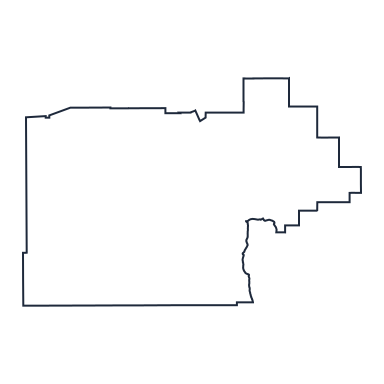 Three Springs, Western Australia, Australia
{"feature_id": "25037944B87416382826718", "entity_name": "Three Springs", "entity_type": "district", "adm_level": 2, "iso_a3": "AUS", "parent_name": "Australia", "parent_adm1": "Western Australia", "projection": "orthographic", "projection_center": [115.749, -29.514], "detail": "fine", "context": "isolated", "style": "outline", "palette": "slate", "viewbox_px": 384, "rotation_deg": 0, "n_neighbors": 0, "source": "geoboundaries", "source_scale": "gbopen_adm2", "svg_char_len": 5148}
<svg xmlns="http://www.w3.org/2000/svg" viewBox="0 0 384 384"><path d="M361.0,192.9L360.9,184.3L360.9,179.6L360.9,169.7L360.8,167.0L355.5,166.9L350.0,167.0L347.3,167.0L339.0,167.0L339.0,156.2L339.0,153.2L339.0,147.9L339.0,144.3L339.0,137.5L322.6,137.6L317.2,137.5L317.2,132.9L317.2,106.5L289.0,106.5L289.0,104.4L289.0,97.8L289.0,97.5L289.0,78.3L288.8,78.4L288.6,78.4L283.1,78.4L282.9,78.3L253.4,78.4L253.4,78.5L245.6,78.5L244.5,78.5L244.4,78.5L244.4,78.4L243.5,78.4L243.5,83.3L243.5,83.5L243.5,101.6L243.7,101.8L243.6,108.7L243.6,112.6L241.7,112.6L235.4,112.6L230.0,112.6L224.1,112.6L221.0,112.6L218.5,112.6L217.5,112.6L211.0,112.6L208.1,112.6L205.7,112.6L205.6,116.3L205.6,117.6L200.1,121.1L199.5,119.8L199.4,119.8L197.3,115.0L195.3,110.5L194.9,110.8L190.8,112.3L190.7,112.6L179.2,112.6L179.7,113.2L165.4,113.2L165.4,108.1L161.3,108.1L161.2,108.2L145.7,108.2L145.0,108.2L128.7,108.3L128.5,108.2L128.4,108.3L110.4,108.3L110.4,107.5L98.1,107.6L70.3,107.7L49.3,115.4L49.3,117.7L45.7,117.7L45.7,116.1L26.0,117.3L26.7,252.7L25.8,252.8L23.0,252.8L23.1,280.4L23.3,305.7L25.7,305.7L26.3,305.7L95.3,305.5L121.5,305.4L137.5,305.4L177.5,305.2L236.9,305.2L236.9,302.3L244.1,302.3L253.0,302.3L253.0,302.2L252.8,301.6L252.7,301.4L252.7,301.2L252.6,300.8L252.5,300.3L252.3,299.7L252.2,299.4L252.0,299.2L252.0,298.8L251.9,298.6L251.8,298.3L251.7,298.1L251.5,297.8L251.3,297.5L251.3,297.3L251.2,296.9L251.2,296.6L251.1,296.4L250.9,296.1L250.9,295.9L250.8,295.6L250.7,295.4L250.7,295.0L250.7,294.9L250.6,294.7L250.4,294.1L250.3,293.8L250.2,293.6L250.2,293.4L250.2,292.9L250.1,292.6L250.0,292.2L249.9,291.9L249.8,291.6L249.7,291.2L249.6,290.8L249.6,290.6L249.6,290.1L249.7,289.7L249.7,289.3L249.7,289.2L249.7,288.8L249.7,288.6L249.7,288.2L249.6,287.8L249.6,287.7L249.4,287.4L249.3,287.1L249.3,286.9L249.2,286.3L249.1,285.9L249.1,285.7L249.1,285.4L249.1,285.2L249.1,284.8L249.1,284.4L249.2,284.2L249.2,283.8L249.3,283.6L249.3,283.4L249.3,283.2L249.3,282.7L249.3,282.4L249.3,282.0L249.3,281.8L249.3,281.6L249.3,281.4L249.2,281.1L249.2,280.9L249.2,280.5L249.2,280.0L249.2,279.9L249.2,279.7L249.3,279.4L249.4,279.1L249.4,278.8L249.4,278.4L249.3,278.1L249.1,277.6L249.1,277.4L249.0,277.2L248.9,276.9L248.8,276.4L248.7,276.2L248.8,275.9L248.8,275.6L248.9,275.4L249.0,275.2L249.0,274.9L248.9,274.7L248.6,274.4L248.4,274.3L247.9,274.2L247.4,274.0L247.1,273.9L246.5,273.6L246.1,273.4L245.9,273.3L245.6,273.1L245.4,272.9L245.3,272.7L245.2,272.6L245.1,272.4L244.9,272.0L244.8,271.9L244.7,271.8L244.6,271.6L244.3,271.2L244.0,270.8L243.7,270.0L243.6,269.6L243.4,269.2L243.2,268.4L243.2,268.0L243.1,267.5L243.2,267.1L243.2,266.7L243.2,266.2L243.2,265.6L243.3,265.3L243.4,264.9L243.4,264.5L243.3,264.1L243.2,263.8L243.2,263.5L243.2,263.3L243.2,263.0L243.1,262.7L242.8,262.0L242.8,261.8L242.9,261.5L242.9,261.1L242.8,260.9L242.6,260.2L242.6,259.8L242.6,259.4L243.0,257.7L243.1,257.3L243.4,256.5L243.7,255.4L243.7,255.1L243.7,254.9L243.4,254.6L242.9,254.4L242.8,254.1L242.7,253.8L242.7,253.4L242.8,253.2L243.2,252.8L243.7,252.4L244.0,252.0L244.2,251.7L244.3,251.7L244.6,250.8L244.6,250.7L244.8,250.1L245.0,249.9L245.3,249.4L245.6,248.9L245.7,248.7L246.1,248.0L246.3,247.8L246.5,247.4L246.7,247.1L246.9,246.8L247.2,246.0L247.4,245.6L247.5,245.5L247.5,245.4L247.6,245.2L247.6,244.9L247.6,244.6L247.5,244.4L247.5,244.2L247.3,243.9L247.3,243.7L247.2,243.6L247.1,243.4L247.1,243.2L246.9,242.9L246.7,242.3L246.6,242.0L246.6,241.8L246.5,241.7L246.4,241.6L246.4,241.3L246.4,241.1L246.3,240.8L246.4,240.5L246.4,240.0L246.5,239.9L246.6,239.5L247.0,238.8L247.0,238.6L247.2,238.2L247.3,238.1L247.5,237.7L247.6,237.2L247.6,236.8L247.7,236.7L247.7,236.3L247.7,235.5L247.7,235.2L247.7,234.7L247.7,234.2L247.6,233.9L247.7,233.4L247.7,233.1L247.7,232.6L247.7,232.4L247.7,232.0L247.7,231.8L247.7,231.4L247.8,231.0L247.9,230.2L247.9,229.9L247.9,229.3L247.9,229.1L247.8,228.6L247.9,228.2L247.9,227.7L247.9,227.4L247.9,227.0L247.9,226.9L247.9,226.5L248.0,226.3L248.0,226.2L248.0,225.7L248.0,225.4L248.0,225.2L247.9,224.9L247.9,224.7L247.8,224.4L247.8,224.0L247.8,223.9L247.7,223.8L247.7,223.7L247.7,223.3L247.7,223.1L247.7,222.9L247.6,222.6L247.3,222.4L246.6,221.8L246.4,221.7L246.2,221.5L246.1,221.4L246.1,221.2L246.3,221.2L246.5,221.2L246.9,221.2L248.0,220.9L248.9,220.1L250.4,219.3L251.3,219.1L252.5,218.9L254.7,219.1L258.0,219.7L259.6,219.4L260.3,219.4L260.7,219.7L261.7,219.3L262.3,218.8L263.0,218.5L263.4,219.2L263.9,219.9L264.0,220.2L264.3,220.4L264.5,220.6L264.8,220.7L265.1,220.8L265.4,220.7L265.7,220.7L266.0,220.5L268.0,220.0L268.8,219.8L269.2,219.8L269.6,219.8L269.9,219.9L270.2,220.0L270.5,220.1L271.9,220.6L272.4,220.7L272.6,220.9L273.3,221.3L273.8,221.6L274.1,221.8L274.2,222.0L274.3,222.2L274.4,222.4L274.4,222.7L274.4,223.0L274.3,223.4L274.1,223.5L274.0,223.8L274.0,224.0L273.9,224.2L274.0,224.4L274.1,224.7L274.3,225.0L275.5,226.7L275.8,227.1L275.9,227.4L276.0,227.6L276.1,227.9L276.5,229.3L276.6,229.7L276.6,229.9L276.6,230.2L276.5,230.4L276.4,231.5L276.3,232.3L284.0,232.3L285.1,232.4L285.1,225.4L299.0,225.4L299.0,210.7L316.6,210.7L317.2,210.3L317.3,202.2L349.6,202.2L349.6,192.9L351.9,192.8L353.6,192.8L357.7,192.9L361.0,192.9Z" fill="none" stroke="#1e293b" stroke-width="2"/></svg>